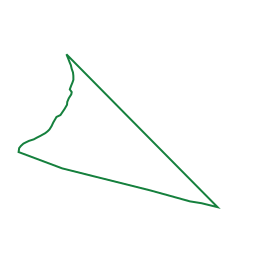 outline of Sossêgo, Paraíba, Brazil, rotated 281°
{"feature_id": "56859067B23055317122585", "entity_name": "Sossêgo", "entity_type": "district", "adm_level": 2, "iso_a3": "BRA", "parent_name": "Brazil", "parent_adm1": "Paraíba", "projection": "equal_earth", "projection_center": [-36.188, -6.739], "detail": "fine", "context": "isolated", "style": "outline", "palette": "green", "viewbox_px": 256, "rotation_deg": 281, "n_neighbors": 0, "source": "geoboundaries", "source_scale": "gbopen_adm2", "svg_char_len": 643}
<svg xmlns="http://www.w3.org/2000/svg" viewBox="0 0 256 256"><g transform="rotate(281 128 128)"><path d="M75.8,71.1L74.1,103.0L71.0,161.8L67.8,202.7L68.2,214.6L67.4,231.0L141.9,121.8L153.2,105.3L188.6,53.5L184.7,56.1L181.0,58.4L178.8,59.9L175.4,61.4L172.0,63.4L168.8,64.4L164.9,65.2L162.0,64.8L158.6,64.1L154.8,63.5L152.5,65.9L150.2,65.9L145.9,64.2L142.0,63.4L139.2,63.7L134.6,62.1L130.6,60.4L127.8,59.2L125.2,55.7L122.6,54.8L119.2,53.6L115.2,52.6L111.6,51.2L109.4,49.7L107.2,47.8L103.4,43.3L101.0,40.2L98.9,37.7L96.5,33.3L94.5,30.6L92.7,28.3L90.0,26.3L87.5,25.0L83.5,25.2L75.8,71.1Z" fill="none" stroke="#15803d" stroke-width="2"/></g></svg>